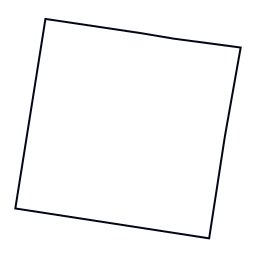 outline of Lake, Michigan, United States of America, rotated 99°
{"feature_id": "52423323B68600605298438", "entity_name": "Lake", "entity_type": "district", "adm_level": 2, "iso_a3": "USA", "parent_name": "United States of America", "parent_adm1": "Michigan", "projection": "mercator", "projection_center": [-85.866, 43.991], "detail": "fine", "context": "isolated", "style": "outline", "palette": "ink", "viewbox_px": 256, "rotation_deg": 99, "n_neighbors": 0, "source": "geoboundaries", "source_scale": "gbopen_adm2", "svg_char_len": 252}
<svg xmlns="http://www.w3.org/2000/svg" viewBox="0 0 256 256"><g transform="rotate(99 128 128)"><path d="M120.6,31.0L30.9,29.3L32.6,96.7L32.3,129.1L33.2,226.6L225.1,226.7L224.3,30.6L120.6,31.0Z" fill="none" stroke="#020617" stroke-width="2"/></g></svg>